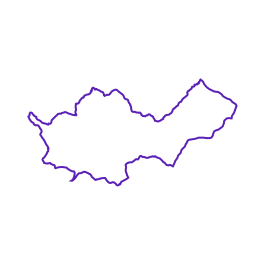 outline of Villanueva, Santander, Colombia, rotated 105°
{"feature_id": "7082276B83182882267594", "entity_name": "Villanueva", "entity_type": "district", "adm_level": 2, "iso_a3": "COL", "parent_name": "Colombia", "parent_adm1": "Santander", "projection": "albers", "projection_center": [-73.162, 6.684], "detail": "fine", "context": "isolated", "style": "outline", "palette": "violet", "viewbox_px": 256, "rotation_deg": 105, "n_neighbors": 0, "source": "geoboundaries", "source_scale": "gbopen_adm2", "svg_char_len": 5866}
<svg xmlns="http://www.w3.org/2000/svg" viewBox="0 0 256 256"><g transform="rotate(105 128 128)"><path d="M142.8,227.1L145.0,225.4L145.6,224.5L146.6,223.5L147.1,222.4L147.6,220.8L148.0,220.3L148.7,219.9L149.0,219.4L149.3,217.7L148.8,216.4L148.8,215.3L150.3,213.5L151.1,212.9L151.9,211.7L152.6,211.1L153.2,210.7L154.0,210.5L155.3,210.7L156.0,211.0L156.7,211.1L157.4,210.8L158.1,209.9L159.8,208.1L160.5,207.1L161.6,205.9L162.3,205.1L164.6,203.2L166.9,200.5L168.0,200.2L168.2,199.5L169.3,199.7L170.4,199.2L171.2,199.1L171.9,199.7L173.4,199.7L177.1,200.9L178.5,201.6L179.6,202.4L180.5,202.4L181.0,202.2L182.7,200.5L183.4,200.1L183.4,197.6L183.3,197.0L182.0,194.1L182.2,193.6L182.6,193.3L182.7,192.7L183.0,191.0L182.9,189.6L183.1,189.3L183.3,189.1L185.4,188.0L185.6,187.7L184.0,185.1L182.9,182.2L182.6,180.7L182.2,177.3L182.2,176.9L182.8,176.2L183.1,175.5L184.0,172.2L184.2,171.4L184.2,170.1L183.9,169.1L184.6,168.2L185.6,167.7L189.3,167.4L191.0,167.7L192.5,168.1L193.5,169.0L193.4,168.3L191.3,166.7L189.7,165.9L187.2,165.1L184.8,164.0L184.5,163.7L183.7,161.6L183.3,161.3L182.7,160.4L181.8,159.5L181.6,158.9L181.5,157.1L181.8,156.3L181.9,154.7L182.3,154.1L182.4,152.6L182.8,152.2L183.0,151.7L183.4,151.1L184.5,150.5L184.8,149.7L186.4,146.5L186.5,145.8L186.5,145.6L185.8,145.1L185.3,144.0L185.2,143.3L184.3,142.2L184.1,141.6L183.3,140.4L183.0,139.8L182.7,138.6L182.2,137.2L182.4,137.0L182.9,136.3L184.3,134.8L185.6,132.5L185.8,131.7L185.6,130.7L185.1,129.7L184.4,129.1L184.2,127.5L184.2,127.1L184.4,126.8L184.7,125.9L186.0,124.1L186.1,123.6L186.1,123.0L185.6,122.3L185.4,122.1L184.6,121.9L184.4,121.8L184.4,121.1L183.6,120.8L182.3,120.8L181.6,120.4L178.3,116.9L176.9,115.6L175.9,114.9L173.8,116.7L172.6,117.4L170.9,118.6L170.0,119.1L168.3,119.5L166.6,119.6L164.2,120.8L163.8,120.6L162.4,119.9L162.0,119.4L160.8,117.7L160.3,115.8L159.7,115.0L158.0,113.6L156.2,112.4L156.0,111.9L155.9,110.5L155.6,110.1L153.1,109.5L152.0,109.0L151.7,108.6L151.7,107.8L152.2,106.6L151.8,105.0L151.8,104.4L152.1,102.7L151.6,101.0L151.3,100.4L150.3,99.4L149.4,97.3L148.9,96.8L149.0,95.4L148.6,95.0L148.3,94.6L148.5,94.1L148.5,93.5L148.9,93.0L149.0,90.9L149.3,89.0L151.0,86.0L151.9,85.1L151.9,84.5L151.8,84.3L152.0,83.7L153.6,81.5L153.8,81.0L153.7,80.5L153.7,79.3L153.5,78.9L153.1,78.6L152.8,78.1L152.8,77.8L152.9,76.6L153.4,74.7L149.6,74.0L147.7,73.9L144.3,72.6L142.5,72.5L141.6,72.4L140.9,72.1L139.0,70.9L138.3,70.7L135.9,70.7L135.1,70.5L133.8,69.9L132.3,68.9L130.8,68.2L128.5,68.0L127.4,67.5L125.2,67.2L124.5,66.9L123.8,66.3L123.3,65.4L122.6,63.7L121.3,60.9L120.2,58.9L119.4,57.9L119.0,57.2L117.9,53.0L117.3,49.0L117.0,47.7L116.2,45.7L115.7,45.1L114.8,44.5L113.6,44.2L112.2,44.2L109.8,44.1L109.0,43.8L108.3,43.3L107.7,42.6L106.0,40.1L103.6,38.1L101.9,37.0L101.0,36.8L99.2,36.7L98.3,36.6L96.8,36.9L95.8,36.8L93.4,35.2L92.9,34.6L92.4,33.3L91.9,30.4L90.3,30.7L88.8,30.5L85.8,29.5L78.4,28.9L77.1,30.2L76.2,33.1L75.8,34.1L74.5,35.8L74.0,37.3L74.0,38.8L73.8,40.5L73.1,43.2L72.4,44.9L71.6,45.7L71.1,46.6L70.1,49.3L70.0,50.6L70.4,54.2L70.2,55.5L69.3,59.8L68.1,62.7L65.8,65.9L64.4,67.0L63.7,67.8L62.9,69.2L62.8,70.0L62.5,70.5L63.1,70.8L64.0,70.8L65.2,71.1L65.3,71.5L65.6,71.6L66.1,71.2L66.7,71.2L66.9,71.4L67.1,71.9L67.6,72.2L67.3,72.6L67.5,72.8L68.2,73.1L68.7,74.1L68.7,74.4L68.9,74.8L69.4,74.9L70.1,74.6L70.7,74.8L71.1,75.4L71.4,76.3L71.8,76.8L73.3,76.8L73.8,77.0L74.8,77.9L76.5,79.0L76.6,79.4L77.6,79.8L78.5,80.0L79.6,79.3L80.3,79.1L81.0,79.2L83.7,81.1L84.7,82.0L85.3,82.3L86.6,83.0L88.6,83.4L89.0,83.7L89.2,84.2L89.9,84.9L91.0,85.4L91.7,85.5L92.3,85.6L92.7,85.5L93.3,85.6L94.0,86.2L94.3,86.7L95.3,87.3L95.9,87.4L96.4,87.9L97.0,88.5L97.4,88.5L98.5,89.5L100.4,89.5L101.8,89.9L102.8,90.4L103.5,91.2L104.5,91.8L105.5,94.2L106.4,95.2L106.9,95.5L107.5,95.6L107.9,95.8L108.2,96.2L108.8,96.5L109.9,96.3L110.4,96.5L111.2,97.7L111.4,97.9L112.0,98.1L112.4,98.5L113.0,99.4L113.9,100.5L114.0,103.9L112.9,104.5L112.1,105.6L110.7,106.7L110.5,107.4L110.2,107.6L110.2,108.7L109.4,110.2L109.3,110.9L109.3,111.3L109.6,111.7L110.8,112.5L111.0,113.4L111.2,113.7L112.3,114.4L112.3,115.4L112.6,116.5L112.6,117.0L112.2,117.5L111.8,118.6L111.5,118.8L111.1,118.8L110.8,119.1L110.2,120.1L110.0,120.7L110.5,121.5L110.6,123.0L110.9,124.1L110.6,125.5L111.1,127.1L111.0,128.1L110.6,128.8L110.2,129.1L109.1,129.6L108.7,129.9L106.8,130.5L106.2,131.0L105.7,131.6L104.7,131.9L103.5,133.5L102.7,134.2L101.8,134.8L101.0,135.2L100.7,136.0L100.6,138.2L99.9,139.3L98.1,140.6L97.2,141.7L95.6,145.6L94.1,148.8L94.1,149.6L94.4,150.3L95.2,151.5L96.1,152.4L97.3,153.4L99.5,154.1L99.7,154.4L100.6,154.8L101.3,156.0L101.3,156.9L103.0,158.9L102.6,159.7L101.8,159.9L100.7,160.8L99.8,161.8L99.8,163.8L99.2,165.1L99.0,166.6L99.0,167.4L98.5,168.4L98.5,168.8L99.1,169.3L99.4,169.7L99.3,170.2L98.5,170.6L98.3,171.7L98.1,172.1L98.8,172.8L99.4,172.9L100.8,172.7L101.0,172.8L101.2,173.2L101.4,173.3L102.0,172.7L102.3,172.7L102.6,172.8L103.1,173.3L103.7,173.3L104.3,173.5L104.6,173.9L105.1,174.1L105.5,174.4L106.7,176.9L107.2,177.3L108.0,178.5L108.3,178.6L109.2,178.6L110.2,179.0L110.1,179.3L110.3,179.7L110.5,179.9L111.6,180.5L114.5,181.8L115.5,181.7L116.2,181.9L117.5,182.8L117.6,183.7L117.8,184.2L118.1,184.5L118.4,184.6L119.2,184.3L119.7,184.3L121.6,183.9L124.1,182.8L125.2,183.1L127.1,182.7L128.6,181.3L129.0,181.3L129.2,181.5L129.6,184.3L129.4,188.9L128.9,191.6L128.9,193.0L129.5,193.7L130.6,195.7L131.7,196.6L131.7,197.5L132.6,199.3L133.0,199.5L134.5,200.2L135.1,200.8L137.7,202.2L139.9,203.6L140.4,203.7L142.7,203.6L143.5,203.8L144.1,204.5L144.3,205.9L144.7,206.1L145.3,206.0L145.4,207.4L145.1,208.4L145.1,209.9L145.3,210.5L145.2,210.8L145.2,211.8L145.1,212.3L143.8,214.5L143.2,217.7L142.6,218.7L142.0,219.2L141.0,219.4L140.7,221.1L140.5,221.8L140.0,222.3L139.5,223.3L138.4,224.5L138.2,224.9L138.2,225.6L138.4,226.4L138.7,226.5L139.6,226.7L140.7,226.4L141.5,226.5L142.1,226.8L142.8,227.1Z" fill="none" stroke="#5b21b6" stroke-width="2"/></g></svg>